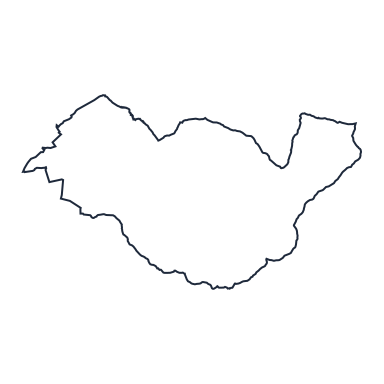 Ojdula, Covasna, Romania
{"feature_id": "2599482B36842816770363", "entity_name": "Ojdula", "entity_type": "district", "adm_level": 2, "iso_a3": "ROU", "parent_name": "Romania", "parent_adm1": "Covasna", "projection": "orthographic", "projection_center": [26.315, 45.972], "detail": "fine", "context": "isolated", "style": "outline", "palette": "slate", "viewbox_px": 384, "rotation_deg": 0, "n_neighbors": 0, "source": "geoboundaries", "source_scale": "gbopen_adm2", "svg_char_len": 6046}
<svg xmlns="http://www.w3.org/2000/svg" viewBox="0 0 384 384"><path d="M291.1,252.7L291.4,251.9L293.2,248.9L293.9,248.2L295.0,247.5L295.4,246.9L296.0,244.5L296.4,240.6L297.3,239.4L297.5,238.7L297.4,237.2L297.6,235.8L297.1,233.4L297.1,232.4L296.8,230.4L296.4,229.6L296.4,229.4L296.1,228.7L293.9,225.7L293.9,225.1L295.7,221.8L296.6,219.2L297.9,217.8L298.7,216.0L299.1,215.4L301.4,213.8L302.7,212.3L303.8,209.7L303.9,208.6L304.5,206.6L304.8,204.7L305.2,203.9L306.3,202.6L307.8,201.3L309.9,200.0L312.1,199.6L313.3,198.9L313.8,198.1L314.8,195.8L316.5,194.3L318.4,191.6L322.3,190.3L323.2,189.8L326.0,187.0L328.7,186.4L334.0,183.1L335.3,181.0L337.8,179.1L338.9,177.3L340.5,175.3L342.0,172.9L342.9,171.8L345.4,169.7L347.1,168.0L349.0,167.2L350.9,167.0L351.6,165.9L352.2,164.7L353.8,163.5L355.2,161.4L358.2,159.7L359.7,158.1L360.1,157.3L360.5,155.6L360.4,153.9L360.9,152.6L361.0,151.6L360.6,149.8L360.0,148.9L358.9,148.2L358.0,146.9L357.6,146.8L355.9,144.8L353.6,141.1L353.4,140.4L353.2,138.0L352.1,135.9L352.2,135.5L353.2,133.6L353.5,132.2L354.9,129.4L355.0,128.1L354.8,126.4L355.7,123.4L352.6,124.1L348.1,124.2L342.1,122.8L339.6,121.8L338.1,122.7L337.4,122.8L334.8,121.0L334.3,120.9L333.1,120.2L330.3,119.8L329.5,119.4L327.5,119.3L325.3,118.3L324.5,118.2L323.0,118.5L321.0,118.5L319.6,118.4L318.5,117.8L318.0,118.3L317.6,118.2L315.3,117.5L313.6,116.3L311.6,115.8L309.9,114.7L308.1,114.8L305.5,113.9L304.7,113.3L304.0,113.5L302.5,113.5L301.4,114.1L300.0,115.9L300.0,116.2L300.8,117.2L300.9,117.7L300.8,118.5L299.8,119.6L299.9,121.1L300.6,122.7L300.6,123.1L299.2,128.1L297.8,130.3L297.7,132.4L297.4,133.3L296.7,134.3L295.4,134.9L294.6,135.5L294.0,136.8L293.4,137.3L293.2,137.9L292.3,140.8L292.6,141.8L292.2,143.0L292.1,145.6L291.9,146.7L291.3,149.3L290.9,150.0L291.2,150.3L291.2,150.8L291.1,152.2L290.9,153.0L289.5,156.5L288.9,158.8L288.4,159.8L288.3,162.3L287.3,164.3L284.4,167.0L283.5,167.7L281.3,168.2L281.0,168.1L280.5,167.5L280.2,166.7L276.4,165.3L271.0,160.5L270.1,160.0L269.6,159.2L268.9,156.2L268.0,155.3L267.4,154.3L266.6,153.7L265.0,153.1L263.2,152.9L262.4,152.3L259.3,146.5L257.6,144.1L256.0,143.1L254.5,139.8L253.5,138.2L251.6,136.4L251.0,136.1L246.3,135.7L242.5,132.7L240.0,131.4L237.1,131.0L235.2,130.3L233.2,130.4L230.4,129.5L228.2,128.1L224.1,126.5L223.0,125.1L221.2,124.5L220.3,123.7L216.8,122.5L213.2,122.4L212.6,122.2L207.4,119.9L205.2,118.0L204.2,118.7L202.8,119.2L202.2,119.1L199.3,119.4L195.8,118.7L188.7,119.5L186.9,120.1L185.5,120.1L183.8,120.7L183.1,121.2L182.3,122.7L181.3,122.4L180.1,122.4L180.0,123.0L178.5,125.3L177.7,127.3L177.3,127.9L177.1,128.9L175.3,131.3L174.7,132.7L174.0,133.5L170.9,134.7L169.2,135.6L167.1,135.5L165.1,136.1L164.2,136.7L163.5,137.7L159.6,140.1L158.3,140.6L158.0,140.0L154.5,135.2L153.5,134.3L152.6,132.4L150.5,129.8L149.4,128.8L147.7,125.7L145.4,124.2L145.0,123.5L144.2,123.0L143.7,122.8L143.6,122.7L143.7,122.1L143.1,121.3L142.9,121.1L142.4,121.4L142.1,120.9L141.5,120.7L140.4,119.7L140.2,119.1L139.9,118.8L139.2,119.0L138.4,118.7L136.5,119.1L135.9,119.3L135.5,119.9L135.0,119.4L134.6,119.6L134.3,119.2L133.4,119.5L133.2,118.9L133.4,118.3L132.8,117.9L132.6,117.3L132.6,116.7L132.9,116.3L132.8,115.9L132.1,115.7L132.1,115.2L131.5,115.3L131.0,115.1L131.3,114.6L131.3,114.2L131.0,113.9L130.7,113.9L130.5,113.0L129.8,112.8L129.5,112.4L129.3,111.7L129.5,111.3L129.4,110.7L129.5,110.0L129.2,109.3L127.3,108.2L126.3,108.1L126.0,107.7L125.6,107.7L124.8,107.4L124.2,107.7L124.1,107.4L122.8,107.1L122.6,107.1L122.2,107.6L121.3,107.0L121.0,107.4L119.3,106.5L117.5,105.8L112.5,102.6L110.7,100.6L109.8,100.1L107.1,97.0L106.4,96.6L105.2,96.4L105.1,95.4L102.9,95.2L102.2,95.7L100.6,96.0L99.1,96.7L94.3,100.1L77.5,109.5L76.0,110.8L74.6,113.1L73.2,114.3L71.1,115.5L71.7,116.7L71.4,117.5L69.0,119.2L63.8,121.3L62.7,123.2L61.0,124.1L59.5,125.5L58.6,126.7L56.7,125.2L56.5,126.9L56.7,127.4L59.0,131.0L59.6,131.7L58.8,132.7L61.0,134.4L52.6,142.3L55.4,146.4L50.6,148.0L47.4,147.7L45.8,148.0L42.7,147.7L42.5,148.3L43.9,149.8L44.3,149.9L43.1,152.1L40.8,152.2L35.7,157.0L31.0,158.8L28.4,161.9L27.2,163.6L24.5,168.2L23.0,171.8L24.5,171.6L24.7,172.1L32.7,170.9L34.3,170.1L34.9,168.9L36.9,167.8L41.5,168.1L43.3,167.8L44.2,167.9L45.9,167.2L46.2,168.3L45.7,169.5L45.6,170.1L49.4,182.1L61.8,179.4L63.1,180.0L61.8,195.0L60.9,198.6L69.9,200.9L80.7,207.9L80.4,209.1L80.5,213.6L82.9,213.6L83.7,214.5L90.1,215.2L90.8,215.7L91.3,216.8L91.7,217.3L93.1,218.0L94.0,217.8L95.2,217.0L96.5,216.6L96.8,215.9L98.0,215.0L100.5,214.7L103.2,214.2L104.1,214.2L106.2,215.0L113.1,215.3L114.8,216.3L116.5,218.2L119.4,220.6L120.2,222.1L121.4,224.0L121.8,224.4L121.7,225.7L122.0,227.3L121.8,228.5L122.1,229.2L122.2,230.7L122.5,232.0L123.2,234.1L123.5,234.6L124.2,234.9L127.3,237.6L127.9,239.3L127.7,239.8L127.8,241.2L128.4,242.1L129.6,244.4L132.1,245.4L133.5,246.6L135.7,249.5L136.3,250.6L139.9,254.5L141.5,255.8L143.4,256.5L144.7,257.2L145.6,258.1L147.5,259.0L148.4,260.2L148.5,261.3L149.6,263.4L150.4,264.3L152.0,264.8L153.4,264.9L154.8,265.6L155.9,266.3L157.3,268.5L158.1,268.3L159.5,269.9L160.1,269.7L161.0,269.8L163.4,272.6L164.8,272.9L170.1,272.8L173.8,271.7L174.4,270.7L175.4,270.7L177.0,271.8L179.4,272.8L181.9,272.8L182.8,272.6L184.4,273.7L184.8,273.7L184.9,274.5L186.8,279.4L188.0,281.3L190.0,282.2L191.1,283.2L192.1,283.7L194.9,284.3L196.7,283.9L199.2,283.7L200.5,283.4L202.1,282.2L202.9,282.0L206.8,282.7L208.3,284.0L210.3,284.8L211.0,285.7L211.9,288.1L212.6,288.7L213.6,288.8L214.3,288.5L216.5,287.1L217.3,286.2L217.9,286.6L218.4,287.4L219.2,287.7L223.8,287.6L225.0,286.9L226.9,287.6L227.8,288.6L229.4,288.2L229.7,288.6L231.1,287.8L232.2,287.8L232.5,287.6L234.8,283.6L235.1,283.5L235.9,283.9L238.2,283.6L240.0,283.0L241.9,281.9L243.3,281.3L247.4,280.8L249.6,279.3L251.0,277.3L252.5,276.7L253.0,275.6L255.6,273.9L256.3,272.4L258.6,270.6L260.1,269.0L262.0,267.5L264.4,266.4L265.2,265.8L265.7,264.7L266.5,263.8L266.9,262.9L266.9,261.9L266.3,259.9L266.3,259.2L266.5,258.8L269.7,260.0L271.4,260.1L273.9,260.8L276.1,260.3L278.8,260.2L279.7,259.9L282.8,257.9L284.5,255.7L289.6,253.7L291.1,252.7Z" fill="none" stroke="#1e293b" stroke-width="2"/></svg>